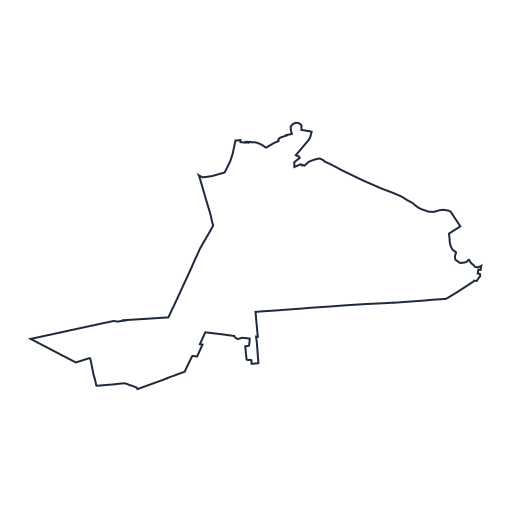 Chiajna, Bucharest, Romania
{"feature_id": "2599482B24366344926060", "entity_name": "Chiajna", "entity_type": "district", "adm_level": 2, "iso_a3": "ROU", "parent_name": "Romania", "parent_adm1": "Bucharest", "projection": "mercator", "projection_center": [25.969, 44.45], "detail": "fine", "context": "isolated", "style": "outline", "palette": "slate", "viewbox_px": 512, "rotation_deg": 0, "n_neighbors": 0, "source": "geoboundaries", "source_scale": "gbopen_adm2", "svg_char_len": 5659}
<svg xmlns="http://www.w3.org/2000/svg" viewBox="0 0 512 512"><path d="M258.3,363.2L258.3,362.5L258.4,362.2L258.3,361.7L258.2,359.7L258.0,357.6L257.9,357.0L257.9,356.2L257.8,355.1L257.6,352.5L257.5,351.9L257.6,351.5L257.6,351.3L257.5,351.1L257.3,348.6L257.0,344.1L256.7,341.2L256.2,338.3L256.2,337.3L256.1,336.6L257.8,336.8L256.1,318.7L255.9,316.1L255.5,311.9L256.6,311.8L257.9,311.7L259.0,311.6L261.3,311.4L275.5,310.5L284.4,309.8L301.3,308.6L302.4,308.5L304.2,308.3L309.3,307.9L311.5,307.7L321.1,307.1L328.3,306.6L331.7,306.4L341.6,305.6L353.4,304.8L353.5,304.8L364.9,304.1L387.9,303.0L393.2,302.6L393.2,302.8L424.9,300.5L433.9,299.6L436.5,299.5L440.9,299.2L444.5,299.0L445.5,298.9L446.6,298.5L447.5,298.0L455.1,293.4L458.8,291.1L462.3,288.8L467.6,285.4L473.9,281.2L474.1,280.7L476.8,280.9L478.6,278.1L480.2,276.2L480.1,275.5L479.9,273.9L477.7,273.5L478.4,269.6L480.5,270.0L481.3,265.8L480.1,266.5L478.2,267.1L477.5,267.2L476.3,267.1L475.2,267.0L473.9,265.4L472.8,264.5L471.2,263.2L470.6,262.4L469.5,260.6L469.2,260.0L468.8,259.8L468.4,260.0L468.0,260.4L467.0,261.5L466.7,261.7L466.0,262.0L464.1,262.6L463.2,262.7L460.6,263.0L460.1,262.9L459.6,262.7L457.6,261.2L455.7,260.0L455.4,259.7L455.2,258.8L455.0,257.6L454.9,256.3L455.0,255.8L455.2,255.2L456.0,252.8L456.0,252.3L455.7,252.0L454.9,251.4L453.6,250.6L453.3,250.3L452.6,249.5L451.5,247.9L450.9,246.6L450.5,245.6L450.3,244.7L449.9,242.8L449.7,241.7L449.6,239.1L449.3,236.6L449.0,234.1L448.9,233.8L449.1,233.5L460.3,226.4L453.1,215.4L450.8,211.8L448.8,210.7L446.5,210.3L444.1,209.9L442.9,209.9L441.8,209.9L438.7,210.4L434.8,211.7L434.6,211.7L432.4,211.9L431.5,211.8L429.6,211.8L427.9,211.4L421.4,209.2L418.3,207.6L414.7,204.9L412.4,202.9L407.3,200.2L402.0,196.8L397.2,194.7L395.4,193.9L392.3,192.6L381.4,188.5L363.5,180.7L340.9,169.8L335.9,167.0L331.8,164.9L330.0,164.0L326.9,162.6L324.7,161.5L323.3,160.2L321.9,159.5L319.7,158.5L316.4,159.1L314.8,159.5L312.8,160.2L309.9,161.3L309.1,161.7L308.8,161.9L308.6,162.0L306.7,163.6L306.0,164.3L305.2,164.9L304.3,165.7L302.8,164.9L302.1,165.5L300.5,164.3L294.4,167.0L294.3,163.3L294.2,162.3L294.9,161.8L295.9,160.9L299.7,157.9L298.9,156.4L298.5,156.3L298.0,156.2L295.8,155.2L296.2,154.7L300.6,149.6L305.6,143.6L307.0,142.0L308.8,139.8L309.4,138.7L309.7,138.1L310.3,136.9L311.2,133.4L311.3,133.1L311.6,131.7L310.8,131.6L310.4,131.5L309.9,131.3L308.7,131.1L307.1,130.9L304.7,130.4L304.0,130.3L302.0,130.1L301.4,130.0L301.5,128.6L301.5,127.1L301.5,126.6L301.3,125.2L301.0,125.1L300.5,124.5L300.3,124.2L300.0,123.8L298.8,123.3L298.0,122.9L296.7,122.9L295.6,122.9L293.5,123.7L292.9,124.2L292.0,124.9L291.0,126.3L290.7,126.8L290.7,127.2L290.7,127.8L290.8,128.5L290.8,129.4L291.2,131.5L291.7,133.3L291.7,133.6L291.8,134.0L287.8,134.8L286.3,135.1L286.5,135.5L280.4,137.6L278.8,138.7L278.8,138.9L278.3,140.0L278.7,140.9L278.5,141.2L278.0,141.4L277.6,141.5L276.6,141.9L275.1,142.5L274.2,142.9L273.7,143.2L268.3,146.3L267.1,147.1L266.2,147.6L265.6,147.4L265.2,147.2L264.3,146.5L263.4,145.8L262.5,145.3L261.8,144.9L260.2,144.0L259.1,143.6L257.9,143.1L256.9,142.7L256.2,142.6L254.4,142.2L253.6,142.3L253.0,142.3L251.8,142.3L251.2,142.1L249.9,142.0L248.7,141.9L248.7,142.6L247.3,142.5L247.1,141.8L245.7,141.8L245.7,142.0L245.7,142.6L244.8,142.6L242.4,142.3L240.4,142.1L240.4,141.0L240.4,140.0L237.2,140.5L236.7,140.5L236.0,140.5L235.5,140.4L232.7,153.6L232.5,154.2L230.1,161.6L224.7,172.4L224.1,172.7L221.4,173.4L218.6,174.2L215.8,175.0L211.9,176.1L210.0,176.4L206.3,176.9L202.7,177.3L201.2,176.6L199.7,175.9L198.9,175.4L199.1,175.8L199.9,178.5L201.5,184.0L201.6,184.3L202.9,188.8L203.0,189.1L203.7,191.6L204.0,192.6L204.3,193.7L204.5,194.3L204.7,194.9L205.5,197.8L206.3,200.5L207.1,203.0L207.9,205.9L208.6,208.1L209.6,211.4L210.6,215.1L211.2,217.5L211.6,219.6L212.4,223.1L213.2,224.8L212.8,225.5L212.8,226.5L212.4,227.0L211.0,229.5L207.6,235.5L204.6,240.6L202.5,244.3L200.3,248.0L198.2,252.6L197.7,253.8L194.9,259.8L190.6,269.5L187.4,276.4L186.6,278.2L184.1,283.6L179.1,294.5L177.4,298.3L176.6,299.9L174.6,304.2L173.6,306.5L173.1,307.5L172.9,307.6L168.4,317.4L158.1,318.0L157.4,318.1L155.4,318.2L146.7,318.8L134.8,319.5L124.4,320.2L124.0,320.2L124.4,320.6L123.2,320.7L121.3,321.0L119.6,321.3L118.5,321.5L117.7,321.6L113.5,321.0L110.3,321.7L107.4,322.3L105.6,322.7L102.6,323.3L97.5,324.4L93.7,325.3L91.0,325.8L82.3,327.7L79.6,328.3L77.2,328.8L76.0,329.1L73.1,329.7L71.1,330.1L68.4,330.7L65.8,331.3L64.8,331.5L59.9,332.6L56.0,333.4L49.3,334.9L46.8,335.4L45.9,335.6L41.8,336.5L37.8,337.4L34.7,338.0L31.7,338.7L30.7,338.9L33.7,340.5L34.5,340.9L35.6,341.5L36.0,341.7L38.6,343.1L39.7,343.6L42.2,345.0L43.2,345.5L46.4,347.1L52.6,350.4L58.3,353.3L60.5,354.5L60.8,354.7L66.6,357.6L69.3,359.1L70.2,359.5L73.0,361.0L74.8,361.9L75.7,362.4L75.9,362.4L76.1,362.3L76.6,362.2L79.2,361.4L88.5,358.4L89.4,358.2L89.5,358.2L89.9,358.2L90.2,358.6L90.5,359.6L91.2,362.8L92.4,369.0L92.5,369.2L93.2,373.1L94.6,378.2L96.0,384.0L96.2,385.3L96.6,385.7L97.9,385.7L108.5,384.8L112.7,384.5L120.3,383.6L121.7,383.5L124.1,383.3L125.8,383.6L127.6,384.1L128.9,384.9L131.9,385.7L136.3,387.4L137.5,389.1L166.7,378.5L166.6,378.3L184.7,371.7L186.4,368.0L192.1,356.2L192.4,355.9L197.1,356.5L200.5,349.0L202.5,344.6L199.9,344.2L205.3,332.3L223.6,334.5L234.2,336.0L234.2,336.4L235.5,337.7L237.2,338.8L238.2,339.0L238.6,338.9L239.1,338.7L240.1,338.4L241.8,337.8L243.8,337.9L245.0,338.0L249.7,338.6L249.5,342.4L249.1,344.9L249.0,345.5L248.7,345.7L248.2,345.9L245.3,346.3L245.6,350.1L246.1,355.2L246.2,355.4L246.5,359.2L246.7,359.5L247.1,359.9L248.1,359.9L248.2,360.0L249.7,359.9L250.7,360.0L251.1,360.0L251.4,360.1L251.6,363.8L254.4,363.6L256.6,363.4L258.3,363.2Z" fill="none" stroke="#1e293b" stroke-width="2"/></svg>